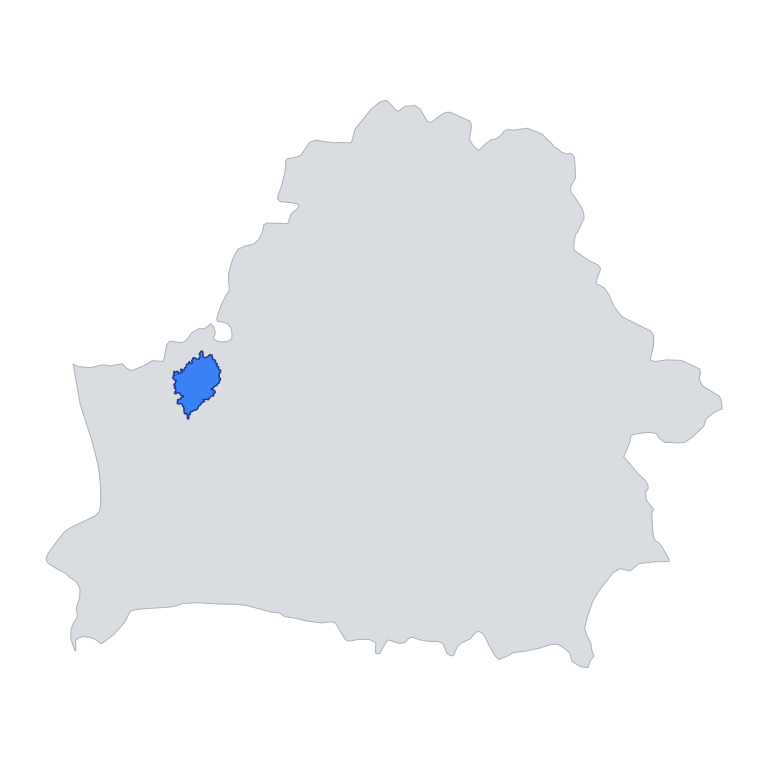 Lida, Grodno, Belarus (highlighted)
{"feature_id": "67162791B46145411949360", "entity_name": "Lida", "entity_type": "district", "adm_level": 2, "iso_a3": "BLR", "parent_name": "Belarus", "parent_adm1": "Grodno", "projection": "orthographic", "projection_center": [25.213, 53.776], "detail": "fine", "context": "in_parent", "style": "filled", "palette": "blue", "viewbox_px": 768, "rotation_deg": 0, "n_neighbors": 0, "source": "geoboundaries", "source_scale": "gbopen_adm2", "svg_char_len": 7899}
<svg xmlns="http://www.w3.org/2000/svg" viewBox="0 0 768 768"><path d="M669.2,561.4L655.4,561.8L638.9,563.6L630.2,570.9L619.9,568.6L613.1,572.8L598.1,591.9L592.4,602.0L587.4,617.2L584.5,628.4L587.1,635.9L590.7,642.8L591.9,650.4L593.9,656.3L590.1,661.0L588.2,667.5L581.1,666.9L572.1,661.5L569.7,652.9L562.7,647.2L558.2,644.4L551.0,644.4L539.8,648.0L525.0,651.2L513.8,652.4L507.8,655.9L498.9,659.5L495.2,656.1L489.6,646.5L485.0,636.8L481.9,632.6L479.4,631.6L476.4,632.0L473.0,635.3L470.6,638.7L461.4,642.9L457.4,646.6L453.3,655.9L450.2,655.4L447.0,653.5L442.9,643.5L437.9,641.4L430.0,641.6L420.1,639.9L412.1,637.2L409.2,638.0L404.7,642.5L399.6,643.4L388.3,639.9L386.1,641.8L380.1,653.2L377.1,653.9L375.3,652.5L375.9,642.7L369.3,639.5L358.3,639.3L350.7,641.0L346.9,640.7L344.9,638.9L335.1,622.7L330.1,621.8L321.2,622.9L308.0,621.2L292.8,617.8L284.5,616.6L280.1,613.0L270.8,611.9L245.7,605.3L235.5,604.2L220.5,604.1L197.6,602.7L183.0,603.5L176.2,605.8L168.4,607.2L141.2,608.9L131.4,610.6L128.6,614.0L125.3,621.5L113.9,634.4L102.8,642.9L100.8,643.6L94.5,638.9L89.2,637.2L83.0,636.6L78.5,638.0L75.7,640.1L75.9,650.2L75.2,651.0L70.7,639.0L71.3,628.2L74.1,622.1L77.5,616.6L76.3,608.2L79.7,597.3L80.0,589.3L78.7,585.8L76.2,581.8L69.3,577.2L66.3,573.7L56.8,568.8L47.6,562.8L46.1,559.3L46.6,556.9L48.3,553.3L55.8,542.7L63.8,532.6L68.9,528.5L95.4,515.7L99.6,511.1L100.7,503.3L100.6,487.3L99.3,472.8L97.5,462.7L92.9,443.8L80.3,404.7L73.2,364.2L78.3,366.6L90.5,367.8L100.2,365.2L105.3,364.9L109.7,365.9L122.5,363.8L125.6,367.5L131.2,370.8L142.5,366.3L152.4,360.7L162.7,361.4L164.2,358.6L166.8,344.3L169.9,341.2L182.1,342.7L186.6,340.1L191.4,333.1L198.6,328.7L204.6,328.7L210.8,323.8L213.9,327.1L215.4,333.0L213.4,337.7L214.3,339.5L218.7,341.9L226.1,341.7L230.9,339.8L232.0,337.1L231.9,332.1L230.7,327.6L227.5,323.7L221.6,321.7L217.5,321.6L216.8,319.1L218.1,313.8L221.7,303.9L226.1,294.9L228.8,291.5L229.3,288.4L228.7,283.0L228.5,273.4L232.4,259.7L237.7,249.4L244.8,246.1L253.5,244.2L259.0,239.2L261.7,233.6L264.0,224.8L266.7,223.0L287.7,223.7L290.7,214.9L292.4,212.4L296.4,209.8L299.1,206.6L298.0,204.2L292.6,202.8L280.1,201.6L277.5,198.8L278.2,195.3L281.4,186.2L284.4,174.5L285.8,165.5L285.9,160.2L287.6,158.7L297.7,156.8L301.1,154.9L309.5,142.4L316.0,140.2L333.2,142.8L341.0,142.4L351.0,142.9L351.8,141.6L354.9,129.4L371.0,109.3L379.6,102.2L385.2,100.5L387.2,100.8L396.7,110.7L398.8,111.0L404.6,106.4L414.9,105.6L419.9,108.9L427.4,121.2L431.1,122.5L440.8,115.0L446.2,112.3L449.9,112.2L469.5,120.9L471.1,123.9L471.4,127.6L469.2,139.2L473.5,146.0L478.4,150.5L487.8,142.0L491.3,139.6L495.2,139.2L500.3,136.0L503.9,131.3L507.4,129.6L514.5,130.1L527.1,128.2L542.3,134.1L543.8,136.1L551.8,143.6L554.7,147.4L557.2,148.5L561.5,152.1L566.9,154.2L570.6,153.2L572.4,154.3L574.3,157.3L574.9,162.6L575.6,177.7L570.9,186.1L570.4,188.9L570.9,192.2L575.7,198.4L582.0,208.1L583.7,213.8L584.1,218.2L577.7,231.8L575.4,235.0L574.2,241.5L573.8,248.1L574.6,250.7L588.0,260.0L597.8,264.9L600.1,267.4L600.5,269.1L596.4,280.6L596.2,283.6L604.1,287.6L608.9,294.5L613.6,305.9L621.7,316.6L650.0,330.7L652.6,333.5L653.8,336.9L653.7,344.7L650.1,359.9L654.9,361.6L666.8,359.9L681.4,360.4L699.8,369.0L700.4,373.7L699.0,378.1L700.6,382.5L702.9,386.1L719.2,396.2L721.0,399.4L721.9,405.0L721.9,409.2L717.8,410.5L713.4,412.9L706.2,418.7L703.9,426.0L692.5,437.0L685.3,442.1L679.2,442.9L664.5,442.3L658.9,438.0L656.4,433.8L650.6,432.3L643.2,432.8L633.0,434.5L631.1,436.0L629.9,441.6L626.3,451.1L623.6,456.6L638.2,473.8L645.5,480.7L648.0,485.1L648.2,488.4L645.4,492.5L646.5,500.2L653.8,509.9L651.8,511.7L652.3,524.3L653.5,537.7L655.6,540.8L659.3,543.1L662.6,547.8L668.6,558.5L669.2,561.4Z" fill="#d9dde1" stroke="#a8b0b8" stroke-width="1"/><path d="M172.8,377.8L173.2,378.2L173.6,378.7L174.1,379.5L174.7,380.1L175.2,380.1L175.9,380.1L176.3,380.6L176.0,381.0L175.6,381.7L175.4,382.4L175.4,383.0L175.1,383.8L174.3,384.1L173.9,384.5L173.9,385.1L174.3,385.7L174.9,385.8L175.5,386.3L175.6,386.6L175.3,386.9L174.7,387.1L174.3,387.5L174.4,387.9L174.8,388.2L175.3,388.6L175.6,389.2L175.9,389.9L175.9,390.5L175.8,391.1L175.3,391.6L174.7,392.2L174.6,392.9L175.0,393.5L175.5,393.8L176.3,393.7L176.6,393.1L177.4,392.8L177.9,392.9L178.8,392.9L179.3,392.8L179.9,393.0L180.1,393.7L180.2,394.2L180.4,394.8L180.8,395.1L181.3,395.4L181.7,395.4L182.1,395.6L182.8,395.9L183.3,396.0L183.4,396.5L183.0,396.8L182.5,396.9L181.6,397.1L181.1,397.4L181.0,398.1L180.9,398.8L180.9,399.2L180.1,399.3L179.3,399.4L178.5,399.5L177.7,399.6L177.5,399.9L177.4,400.3L177.8,400.8L178.0,401.1L178.0,401.5L177.7,401.8L177.5,402.1L177.1,403.0L177.4,403.5L178.2,403.9L178.8,403.9L180.1,403.8L180.9,403.8L181.6,403.8L182.2,403.9L182.4,404.5L182.4,405.2L182.3,405.8L182.9,406.0L183.3,406.5L183.6,407.3L183.7,408.0L184.2,408.4L184.2,409.0L184.0,409.5L183.9,410.5L184.1,411.2L184.2,412.4L184.4,412.9L184.8,413.5L185.0,413.8L185.7,414.0L185.9,413.8L186.1,413.5L186.4,413.4L187.0,413.5L187.2,414.0L187.4,414.9L187.3,415.7L187.4,416.6L187.4,417.7L187.5,418.5L188.1,418.9L188.5,418.9L188.8,417.9L188.8,417.4L188.7,416.7L188.6,415.9L188.8,415.3L189.3,414.9L189.8,414.7L190.3,414.0L190.2,413.2L190.2,412.5L190.4,411.8L191.1,411.7L191.9,411.6L192.6,411.3L192.9,410.9L193.5,410.5L194.1,410.3L195.2,410.2L196.2,409.9L197.0,409.5L197.5,408.8L197.9,407.9L198.2,407.0L198.3,406.3L198.9,405.9L200.3,405.1L200.8,404.2L201.1,403.0L201.9,402.7L202.7,402.3L203.6,402.0L204.4,401.5L204.1,400.9L203.6,400.4L203.3,399.7L203.6,399.5L204.4,399.4L205.3,399.4L206.7,399.4L207.6,399.6L208.4,399.7L208.6,399.3L209.3,398.3L210.2,397.3L210.8,396.6L211.2,396.2L211.6,396.0L212.2,395.8L212.9,396.0L213.5,395.9L213.7,395.5L213.7,395.1L213.6,394.5L213.4,394.0L213.3,393.7L214.2,393.2L214.9,392.9L215.2,392.3L215.0,391.8L214.9,390.8L214.1,390.6L213.5,390.3L213.3,389.9L212.6,389.8L211.5,389.6L211.4,389.0L212.2,388.6L212.8,388.5L213.3,387.9L213.7,387.2L214.1,386.6L215.5,385.8L216.2,385.6L216.7,385.5L216.8,384.9L217.3,384.2L217.8,383.7L218.5,383.4L219.2,382.7L219.3,381.8L219.4,380.9L220.0,380.2L220.6,379.4L220.5,379.0L220.2,378.4L219.7,377.8L219.2,377.5L219.1,377.0L219.3,376.3L219.3,375.8L219.1,375.4L218.9,374.8L219.1,374.1L219.5,373.3L220.1,372.6L220.6,372.0L220.7,371.4L220.6,370.7L220.5,370.2L220.1,369.9L219.4,369.8L218.8,369.4L218.6,368.9L218.6,368.2L218.5,367.6L218.5,366.8L217.5,366.3L216.8,366.1L216.5,365.2L216.9,364.6L217.3,364.0L216.7,363.4L215.9,362.9L215.4,362.3L215.4,361.6L215.5,360.6L214.7,360.0L213.7,359.7L212.8,359.4L212.7,358.3L212.3,356.6L211.9,355.7L211.8,354.9L211.6,355.0L210.9,354.9L210.0,354.7L209.3,355.1L209.0,355.5L208.6,355.9L208.0,356.4L207.2,356.8L206.7,357.1L206.2,357.4L205.4,357.7L204.3,357.8L203.6,357.1L203.3,356.3L203.0,355.4L203.0,354.8L203.0,353.9L202.9,352.8L202.7,351.9L202.1,351.1L201.3,351.2L200.4,352.1L200.1,352.7L199.8,353.3L199.5,353.8L199.3,354.4L199.7,354.9L199.9,355.4L200.1,356.0L200.0,356.8L199.8,357.4L199.2,357.7L199.1,358.2L199.1,358.9L198.7,359.4L197.9,359.4L196.9,359.1L195.9,358.6L195.2,358.1L194.7,357.8L194.0,357.7L193.2,357.8L192.9,358.3L193.1,358.8L192.9,359.5L192.5,359.9L191.9,360.1L191.7,360.6L191.8,361.4L192.3,362.0L192.5,362.8L192.1,363.4L191.0,363.6L190.4,363.2L190.0,362.5L189.3,361.7L188.8,362.2L188.9,362.8L189.0,363.2L188.7,363.7L188.1,364.0L187.4,364.1L186.7,364.1L186.3,364.7L186.3,365.3L186.3,366.2L186.1,366.9L185.6,367.4L184.9,367.7L184.5,368.1L184.4,368.7L184.4,369.4L184.2,370.0L183.8,370.4L183.3,370.6L183.0,370.1L182.6,369.7L181.5,369.4L180.9,369.2L180.6,369.7L180.8,370.4L181.3,371.0L182.1,371.5L182.2,371.9L182.0,372.3L181.5,372.4L180.6,372.7L180.2,372.9L179.5,373.5L178.9,373.6L178.1,373.7L178.4,373.2L178.6,372.4L178.4,371.6L177.8,371.5L176.7,371.4L176.2,371.8L175.7,372.0L174.8,371.7L173.9,371.6L174.0,372.3L174.2,372.8L173.9,373.2L173.7,373.6L174.1,374.0L174.4,374.4L174.6,374.9L174.6,375.2L173.9,375.4L173.4,375.4L173.2,375.6L173.2,376.2L173.3,376.7L173.2,377.6L172.8,377.8Z" fill="#3b82f6" stroke="#1e3a8a" stroke-width="1.5"/></svg>